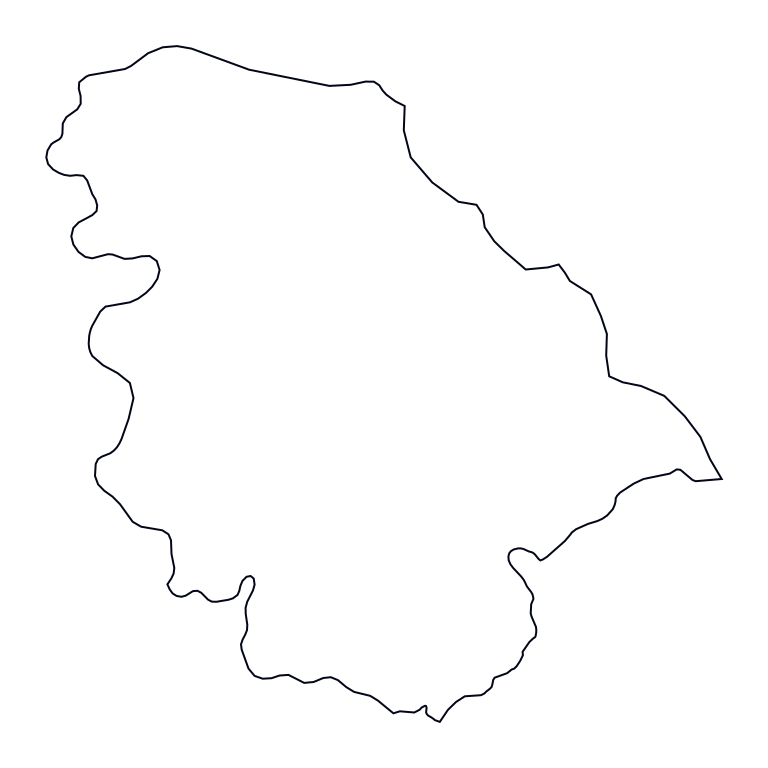 Jammu and Kashmir, Mercator projection
{"feature_id": "IND-2431", "entity_name": "Jammu and Kashmir", "entity_type": "Union Territory", "adm_level": 1, "iso_a3": "IND", "parent_name": "India", "parent_adm1": "", "projection": "mercator", "projection_center": [75.016, 33.537], "detail": "fine", "context": "isolated", "style": "outline", "palette": "ink", "viewbox_px": 768, "rotation_deg": 0, "n_neighbors": 0, "source": "natural_earth", "source_scale": "10m", "svg_char_len": 3323}
<svg xmlns="http://www.w3.org/2000/svg" viewBox="0 0 768 768"><path d="M262.7,678.7L254.6,675.9L248.5,668.6L241.7,649.7L241.0,644.3L242.7,639.4L245.2,634.7L247.0,630.1L247.3,624.7L245.7,613.7L245.6,607.8L247.2,601.8L253.0,590.4L254.6,584.6L253.7,578.5L250.6,576.0L246.5,576.8L242.4,581.0L240.3,586.2L239.3,590.9L237.5,595.0L232.8,598.4L228.3,599.8L216.3,601.8L211.7,601.6L208.0,599.6L201.3,592.8L197.5,590.8L193.0,591.1L185.6,595.7L181.4,596.8L176.5,595.9L172.6,593.4L169.7,589.4L167.4,584.3L169.6,581.1L169.8,580.7L171.2,578.7L173.6,573.6L174.3,568.0L171.5,554.0L171.0,540.3L168.5,534.3L162.3,530.3L141.1,526.7L132.7,521.8L120.0,504.2L112.6,496.7L104.3,490.8L98.1,484.4L95.0,476.0L95.7,464.0L98.0,459.2L101.7,456.7L110.2,453.3L114.0,450.5L117.0,447.2L119.5,443.3L121.6,438.8L128.6,418.9L133.5,398.1L129.9,383.0L117.7,373.2L103.1,365.3L92.3,356.0L90.4,352.2L89.2,348.2L88.7,343.9L89.2,335.9L89.9,332.4L90.9,328.9L92.3,325.7L100.2,311.6L105.5,306.6L130.0,302.3L138.0,298.7L146.0,292.9L152.2,286.7L157.4,278.8L159.6,270.0L156.8,261.1L149.6,256.0L141.4,256.3L132.7,258.4L124.6,258.9L112.5,254.5L107.9,254.2L92.3,258.3L85.3,256.9L78.5,251.9L73.4,244.6L71.3,236.4L73.3,228.0L78.7,222.4L92.3,215.1L96.6,211.0L97.2,205.4L95.5,199.4L92.3,194.2L87.2,180.5L83.4,175.8L76.5,175.1L70.1,175.8L64.2,174.9L58.7,172.8L53.0,169.4L48.1,164.1L46.3,157.4L47.5,150.5L51.2,144.3L53.6,142.5L59.3,139.3L61.3,137.1L62.4,133.8L62.8,123.4L66.4,117.1L77.3,109.3L80.7,103.8L80.6,96.0L78.8,88.8L79.2,82.3L85.9,76.8L89.0,75.3L125.1,69.0L131.1,65.9L148.1,53.2L162.7,47.3L177.1,46.1L191.5,48.6L249.1,69.7L329.4,85.9L350.7,84.8L365.5,81.6L373.9,81.7L376.5,83.4L379.3,85.3L382.6,90.5L386.3,94.6L395.3,101.3L404.7,106.0L403.8,130.3L410.7,157.4L432.3,182.5L458.5,201.8L476.5,204.8L482.8,214.5L484.7,227.2L494.3,241.3L504.2,251.0L516.0,261.1L525.7,269.5L548.1,267.4L558.7,264.5L564.8,272.6L569.9,281.0L591.1,294.4L600.9,316.0L606.9,334.0L606.2,355.6L609.2,376.3L622.7,382.3L641.0,386.0L664.3,395.9L684.8,416.3L700.4,436.9L710.0,459.1L721.7,479.0L695.7,481.2L692.5,480.0L680.4,469.8L676.7,469.4L669.8,473.6L643.5,479.0L633.6,483.7L620.2,492.5L617.2,495.6L615.7,498.3L615.6,501.0L614.8,504.6L612.8,509.2L607.1,515.5L602.3,518.8L597.5,521.0L588.0,523.9L576.1,529.2L571.8,532.5L570.4,534.5L564.9,541.0L546.9,556.9L542.8,559.5L540.3,560.4L538.6,559.0L534.9,554.4L533.0,552.8L531.1,552.0L529.0,551.5L523.5,549.0L520.9,548.4L518.1,548.4L513.6,549.5L510.9,551.2L509.2,553.4L508.4,556.6L508.7,560.2L510.3,564.1L513.1,567.9L520.9,576.2L523.5,579.5L525.0,582.2L526.0,584.6L527.3,587.0L531.1,591.9L532.5,594.4L533.2,597.3L533.4,599.0L531.2,604.2L530.7,613.3L531.5,616.4L536.0,627.0L536.3,630.0L536.2,632.8L535.5,636.4L535.0,637.2L533.3,638.3L529.4,642.0L522.6,651.8L522.9,655.3L520.1,661.0L518.4,663.6L516.5,666.4L514.1,668.7L511.7,669.5L507.1,673.2L494.6,677.7L493.2,680.0L492.2,685.1L491.5,687.1L490.1,688.6L486.1,691.7L484.4,693.5L480.9,695.2L464.8,696.3L456.0,702.0L447.9,709.9L439.8,721.9L434.9,720.1L433.4,718.8L431.2,717.3L428.2,715.6L426.7,713.9L426.1,712.3L426.6,707.7L426.0,706.0L424.9,705.8L421.7,707.5L419.7,709.7L414.3,712.5L399.9,711.3L393.4,713.3L377.8,700.5L370.1,695.8L354.1,691.9L346.4,687.2L337.9,680.1L330.8,677.2L323.3,678.0L313.6,682.0L304.2,682.9L288.5,674.9L279.7,675.5L271.5,678.2L262.7,678.7Z" fill="none" stroke="#020617" stroke-width="2"/></svg>